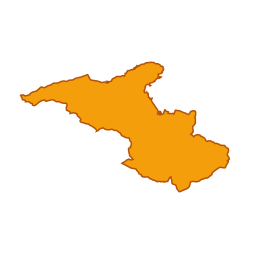 the district of Lunca De Jos, Harghita, Romania, rotated 145°
{"feature_id": "2599482B38350434394464", "entity_name": "Lunca De Jos", "entity_type": "district", "adm_level": 2, "iso_a3": "ROU", "parent_name": "Romania", "parent_adm1": "Harghita", "projection": "natural_earth1", "projection_center": [25.966, 46.606], "detail": "fine", "context": "isolated", "style": "filled", "palette": "amber", "viewbox_px": 256, "rotation_deg": 145, "n_neighbors": 0, "source": "geoboundaries", "source_scale": "gbopen_adm2", "svg_char_len": 5754}
<svg xmlns="http://www.w3.org/2000/svg" viewBox="0 0 256 256"><g transform="rotate(145 128 128)"><path d="M197.2,216.3L197.2,215.5L197.5,215.1L197.4,213.8L197.9,212.3L198.3,211.8L196.7,210.2L196.3,209.4L197.0,208.4L194.4,206.6L193.7,205.4L193.8,204.9L193.6,204.2L192.3,202.9L193.1,201.8L193.0,201.3L192.1,200.2L191.7,199.9L189.3,199.8L186.4,200.2L183.9,199.9L183.0,200.0L181.9,199.4L180.1,198.8L180.2,197.8L180.1,197.3L179.7,196.8L177.3,196.0L176.5,195.6L175.2,195.3L173.6,194.4L172.9,193.6L171.7,190.9L171.3,190.4L170.7,189.9L169.6,189.5L169.0,188.3L167.3,185.9L164.6,183.7L164.3,183.0L164.7,181.9L165.4,181.0L167.0,180.1L167.4,179.0L168.1,178.2L168.2,177.8L166.7,175.6L166.4,175.0L166.5,174.0L167.2,173.1L164.5,172.0L163.7,171.5L162.4,170.0L161.9,168.9L162.0,168.7L161.7,168.5L161.8,168.0L162.4,167.1L162.3,166.0L161.8,164.8L161.6,162.5L162.4,161.7L163.3,161.3L163.3,159.9L161.2,157.4L159.5,155.0L158.7,154.5L158.0,153.7L157.8,152.2L156.7,150.7L155.3,146.9L154.9,143.6L155.4,143.4L153.9,143.0L151.5,143.5L148.2,142.3L147.6,140.5L146.8,139.2L145.4,138.0L143.8,137.0L142.1,136.4L141.4,135.5L140.6,133.9L139.0,132.7L138.5,132.0L138.0,130.0L137.2,128.2L137.5,126.5L137.5,125.2L136.3,123.5L135.9,122.1L132.8,118.9L133.4,117.6L133.8,115.9L133.5,114.9L133.7,114.1L134.5,112.8L135.6,111.9L136.7,111.5L136.8,110.8L137.1,110.5L139.2,111.0L140.7,108.8L142.5,104.2L142.5,103.6L142.1,102.3L142.2,100.6L141.9,99.4L143.7,100.0L144.5,100.7L144.8,101.7L145.7,101.9L145.7,102.2L145.8,102.2L147.8,102.5L150.2,102.1L151.4,102.6L153.3,102.5L153.1,102.1L151.3,99.2L150.3,96.9L148.3,93.2L145.0,89.9L145.2,88.1L144.8,85.6L145.3,84.3L144.6,83.5L144.6,82.6L144.1,82.1L143.8,81.3L144.4,80.5L144.1,79.8L143.7,79.5L143.7,79.2L143.1,78.8L142.3,78.0L140.8,77.3L140.1,76.7L139.7,76.5L139.6,75.4L139.2,74.9L139.1,73.8L138.4,73.1L137.3,70.8L136.5,70.2L135.5,68.8L135.6,68.5L135.3,68.3L134.9,67.1L134.0,67.0L132.9,66.3L132.4,65.8L132.2,65.3L129.8,63.9L129.7,63.2L129.4,63.0L129.0,62.8L128.6,62.9L128.5,62.6L127.9,62.5L126.5,61.9L126.2,61.4L122.7,63.3L120.3,63.7L121.2,63.1L121.6,62.5L122.0,60.3L123.5,57.9L123.7,57.3L123.3,56.1L122.6,55.4L121.6,53.4L121.6,53.1L122.8,50.7L122.7,46.7L122.1,46.1L114.5,44.5L114.1,44.7L113.0,44.4L111.4,44.9L109.5,46.3L107.8,47.9L107.2,47.8L105.5,47.1L102.7,44.6L102.3,44.4L100.1,43.7L97.3,43.7L95.5,43.0L93.8,42.7L91.4,41.5L88.8,41.5L88.3,41.9L87.4,41.6L86.4,42.0L86.0,41.8L85.9,42.3L85.1,42.7L82.2,43.3L76.5,43.3L74.9,42.9L71.9,40.0L70.9,39.7L68.8,41.2L66.1,42.3L65.3,42.9L64.9,43.3L65.4,43.7L65.4,44.3L64.3,44.2L62.7,44.5L62.1,46.8L62.3,47.6L62.1,48.7L61.8,49.4L61.6,49.8L59.4,50.9L59.0,51.3L58.4,52.1L57.7,53.7L58.6,55.4L59.0,57.1L58.8,57.7L58.9,58.3L59.2,58.6L60.0,59.1L60.7,59.8L61.6,60.3L62.3,61.1L62.4,62.1L63.0,62.6L64.2,64.6L65.7,65.5L66.0,67.2L66.2,67.7L67.0,68.1L67.7,70.1L70.1,71.6L70.9,71.6L71.4,72.6L71.1,75.6L71.8,77.5L72.2,78.1L72.6,79.2L73.3,79.7L73.3,80.1L73.1,80.3L73.2,81.0L74.0,81.9L74.9,82.6L75.1,83.0L77.7,83.4L79.1,83.1L79.6,86.1L80.2,86.7L79.2,87.1L77.4,87.1L77.4,87.6L76.2,88.2L75.1,90.8L74.1,92.0L73.4,92.4L72.4,92.4L70.4,93.1L69.6,93.7L69.6,94.1L67.1,97.5L67.4,98.3L65.2,99.7L64.2,101.3L63.5,102.1L63.3,103.2L63.8,104.0L65.1,104.9L67.3,105.6L68.1,105.0L69.9,104.5L70.9,104.6L71.7,105.7L72.4,107.2L73.5,108.6L75.9,112.5L76.4,112.9L78.7,115.2L79.1,115.4L79.7,114.7L80.6,114.3L81.7,113.4L82.4,113.2L82.8,114.3L84.0,114.7L86.8,116.9L86.9,117.0L85.6,117.8L86.6,119.4L87.2,119.8L87.3,120.3L87.1,121.1L87.2,121.5L87.5,121.8L89.9,120.0L90.2,119.5L90.9,119.3L91.3,119.6L93.3,120.0L92.6,121.2L92.3,121.1L91.9,122.1L92.1,123.0L92.5,123.4L92.8,123.5L93.4,123.0L93.6,122.6L93.5,122.2L94.1,121.4L94.6,120.9L95.8,122.7L93.9,124.0L94.0,124.3L93.4,125.5L93.4,130.6L93.3,136.0L93.1,137.2L92.4,137.8L91.2,138.5L92.6,139.2L93.3,139.2L93.3,139.6L93.1,139.9L93.1,140.4L93.6,141.5L93.0,142.1L93.0,142.9L92.6,143.2L92.4,143.8L92.1,144.0L91.7,144.6L92.0,144.8L92.2,145.5L92.0,146.6L92.4,146.4L93.0,146.9L93.6,147.0L94.2,147.5L94.1,147.9L93.4,148.8L93.6,149.3L92.9,149.4L92.4,149.7L91.7,150.3L90.9,151.4L90.2,151.5L89.8,152.3L88.4,152.8L86.9,152.6L85.8,150.9L85.8,149.8L85.3,149.9L85.5,150.1L85.5,150.6L85.3,150.5L85.6,151.2L84.7,152.2L81.1,151.1L79.9,151.1L79.8,150.9L79.3,150.9L79.1,151.6L78.3,151.4L75.0,152.1L74.7,151.2L73.9,150.9L72.8,150.6L71.6,150.8L72.9,151.9L73.7,152.8L72.7,153.7L72.5,154.2L72.6,154.7L71.9,154.7L70.7,154.0L70.1,153.8L68.1,153.7L68.0,154.3L67.7,154.6L66.0,155.0L65.5,155.3L65.0,156.1L65.2,156.8L64.4,157.6L64.2,158.1L64.4,158.7L65.2,159.3L65.7,159.9L65.5,160.9L66.0,162.3L66.9,163.7L68.5,164.8L69.0,165.7L69.2,166.8L71.9,168.9L75.8,171.0L76.8,171.2L78.0,171.1L79.4,171.9L81.2,172.6L82.0,172.6L82.9,172.3L83.5,172.4L83.4,173.0L84.0,173.2L84.8,173.1L85.0,174.0L85.9,173.7L86.9,173.4L86.7,173.0L87.9,173.5L87.7,172.8L89.1,172.4L89.4,173.3L91.0,173.1L91.6,173.5L91.6,173.8L94.5,174.5L95.2,175.1L96.5,174.8L97.8,173.9L99.0,174.4L99.9,173.2L101.1,172.6L101.5,172.7L102.1,173.7L102.6,174.1L105.0,174.5L106.0,175.6L108.1,176.8L109.2,176.5L110.4,176.9L111.2,176.8L112.2,177.2L113.2,177.0L114.6,175.9L115.6,176.3L117.3,176.5L117.2,177.1L118.3,178.1L118.3,176.6L118.9,176.6L119.4,177.0L119.0,177.3L118.9,177.6L120.0,178.0L120.0,178.6L123.4,180.3L124.1,181.1L124.2,181.6L124.9,182.3L125.8,183.7L130.8,188.5L131.1,190.9L130.5,193.2L130.5,194.9L138.0,196.9L139.0,197.5L140.6,197.9L142.8,198.9L145.5,199.0L149.1,201.0L151.1,201.2L151.7,201.5L153.6,203.3L154.3,203.7L156.3,204.5L159.8,205.1L163.2,207.4L164.5,207.6L166.1,207.4L168.6,208.3L170.3,208.7L171.2,208.5L173.6,209.1L175.1,211.0L175.8,211.4L176.8,211.4L178.5,210.9L178.9,211.2L180.0,210.9L180.5,211.0L181.3,210.6L185.0,212.0L186.0,212.2L188.5,212.3L189.3,211.7L191.5,212.3L194.0,213.4L194.2,214.1L195.2,215.6L197.2,216.3Z" fill="#f59e0b" stroke="#b45309" stroke-width="1.5"/></g></svg>